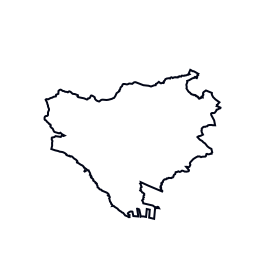 outline of Si Racha, Chon Buri, Thailand, rotated 296°
{"feature_id": "78962969B58781089685129", "entity_name": "Si Racha", "entity_type": "district", "adm_level": 2, "iso_a3": "THA", "parent_name": "Thailand", "parent_adm1": "Chon Buri", "projection": "equal_earth", "projection_center": [101.044, 13.142], "detail": "fine", "context": "isolated", "style": "outline", "palette": "ink", "viewbox_px": 256, "rotation_deg": 296, "n_neighbors": 0, "source": "geoboundaries", "source_scale": "gbopen_adm2", "svg_char_len": 5802}
<svg xmlns="http://www.w3.org/2000/svg" viewBox="0 0 256 256"><g transform="rotate(296 128 128)"><path d="M130.8,49.3L128.2,50.4L126.4,48.8L124.8,49.3L123.3,47.3L122.3,46.8L120.9,45.2L118.9,43.8L118.1,41.9L117.3,41.6L115.4,44.1L114.2,45.0L113.2,46.2L112.3,46.6L110.4,48.7L109.5,49.1L107.0,49.2L104.6,50.4L103.6,50.2L102.5,48.7L101.7,48.4L101.0,48.4L99.4,49.1L98.9,49.7L98.8,51.2L98.1,52.4L97.5,54.7L97.1,55.2L97.1,56.8L96.5,57.4L95.7,57.3L95.3,57.6L94.7,58.9L94.4,60.6L92.7,62.6L92.2,63.6L93.0,68.4L94.1,69.3L93.5,71.4L93.4,74.3L92.5,73.5L92.3,71.8L90.5,71.5L88.9,66.4L87.7,65.9L86.5,64.5L86.3,64.0L85.7,63.8L84.2,64.5L83.2,65.8L81.5,66.2L78.8,67.6L75.5,68.3L76.0,72.4L76.7,75.3L76.8,77.0L77.6,79.4L77.8,80.7L77.7,82.6L77.4,84.1L77.3,84.3L76.9,84.2L76.7,84.7L77.0,87.8L77.3,87.8L77.2,88.5L77.4,88.5L77.6,89.0L77.8,90.3L76.9,93.0L76.7,95.2L76.1,96.9L75.3,97.5L74.8,97.1L74.6,97.3L74.7,98.6L74.3,101.5L74.3,103.6L73.7,105.3L73.1,105.7L73.1,107.0L72.8,107.4L72.9,108.2L72.6,109.2L72.4,109.3L72.5,110.4L72.3,110.8L72.6,111.2L70.6,113.9L69.9,114.3L69.2,114.3L69.2,115.2L68.5,116.3L68.1,116.6L67.9,116.4L67.8,116.7L67.3,116.6L66.7,119.1L66.1,119.7L65.5,119.8L65.1,122.0L64.6,122.7L64.7,123.1L64.2,123.3L64.3,124.4L63.3,124.9L62.8,125.8L61.3,126.7L61.3,127.8L60.5,129.3L60.8,131.2L60.3,131.8L60.3,132.4L60.6,137.2L60.4,138.4L59.9,139.7L58.9,140.4L58.5,139.8L58.4,140.0L58.8,140.6L58.4,141.4L57.8,142.0L56.4,141.9L55.7,141.6L56.2,142.0L56.0,142.5L54.0,144.1L53.5,145.3L52.4,146.2L52.3,147.1L51.8,147.5L51.6,148.4L51.2,148.3L51.4,148.6L51.6,149.9L51.3,150.3L50.9,154.1L50.4,154.9L49.9,157.0L49.9,158.1L49.5,159.5L49.6,160.9L48.2,163.8L48.4,166.0L48.2,167.8L48.5,168.3L48.8,168.0L49.4,168.0L50.1,167.3L50.4,167.4L50.5,166.4L51.0,165.4L51.3,165.3L52.3,165.6L53.9,166.7L54.7,168.2L54.7,168.7L51.2,171.4L53.0,176.1L59.4,171.6L59.7,172.1L59.6,172.7L60.0,174.0L59.8,173.8L54.0,178.3L54.3,178.5L55.2,180.4L56.0,183.2L63.4,180.4L64.1,183.4L56.7,186.3L57.8,191.3L67.8,187.5L69.2,190.0L69.5,191.0L70.2,190.0L70.2,189.3L69.4,188.6L68.7,186.7L69.2,184.3L67.0,174.8L67.9,174.1L69.2,172.4L70.6,173.1L71.5,172.4L72.1,172.4L72.6,172.6L72.8,172.2L73.5,171.8L74.4,171.7L74.8,172.0L76.0,171.4L76.4,169.9L76.3,169.0L77.0,168.0L77.2,166.4L78.2,166.6L78.6,166.0L80.2,165.6L81.0,166.1L82.7,164.2L83.2,164.1L83.4,163.5L83.8,163.8L84.9,163.1L85.1,171.6L85.9,186.5L86.4,186.5L86.7,186.1L86.8,185.3L87.3,184.5L87.6,184.5L87.7,184.1L88.2,184.2L88.9,183.9L89.0,183.1L89.8,182.8L90.1,183.1L90.5,182.9L92.0,183.2L92.3,183.1L92.3,182.5L93.0,182.1L94.0,182.8L94.6,182.7L94.8,183.0L96.1,182.7L97.8,183.3L98.6,184.7L99.6,184.9L99.9,185.8L100.9,186.2L102.0,188.9L102.7,189.2L103.1,189.9L104.2,190.2L105.3,189.8L106.3,190.0L107.2,190.6L109.2,190.2L110.2,191.6L111.1,192.2L111.1,193.3L111.3,193.9L111.9,194.5L113.2,195.1L113.6,196.0L113.7,198.1L114.5,199.9L115.6,201.3L116.3,201.5L116.9,201.2L118.6,197.3L119.0,198.1L119.1,199.4L120.1,200.2L122.2,200.2L123.4,199.1L124.3,199.0L128.7,200.3L131.2,201.8L133.2,203.3L133.4,204.2L133.9,204.9L133.8,206.4L134.7,207.3L136.2,210.0L136.7,210.3L139.0,209.9L139.4,210.4L139.4,211.3L139.8,212.2L140.7,213.3L141.2,213.5L141.5,214.4L142.2,214.2L143.0,214.4L145.8,212.1L145.8,209.8L146.3,207.4L147.9,204.1L148.2,201.9L148.8,200.5L149.0,197.6L150.3,194.4L151.5,195.0L152.8,196.7L154.9,198.3L156.3,196.4L157.7,195.2L158.2,195.3L159.9,194.5L161.8,195.2L162.5,195.8L162.9,196.9L163.9,197.7L164.3,198.5L165.6,198.8L166.4,199.9L167.3,201.6L167.6,202.8L168.6,205.1L172.6,202.1L176.2,197.1L177.4,196.4L178.3,196.9L179.0,198.5L179.6,199.2L181.7,199.7L183.3,199.6L183.7,200.3L185.3,201.3L185.8,202.0L186.5,202.2L186.9,203.0L186.6,198.1L187.4,198.3L187.8,197.9L188.1,198.3L189.1,198.3L191.2,198.9L192.0,194.2L193.1,190.9L194.8,188.7L196.3,188.0L195.9,181.6L193.6,180.3L192.6,180.1L191.5,180.5L191.3,181.0L190.9,181.2L190.3,181.2L189.9,180.9L188.2,181.8L188.1,181.4L188.3,181.0L188.2,180.3L187.1,180.1L186.8,180.3L185.5,179.1L185.7,178.4L186.2,178.2L186.4,176.9L186.7,177.1L186.8,176.8L186.7,176.2L186.8,175.4L186.5,175.1L186.7,174.7L187.0,174.8L187.1,174.2L186.9,174.0L186.8,173.3L186.5,173.0L186.7,172.6L186.2,171.2L186.4,170.2L186.2,170.0L186.5,169.0L186.9,168.4L187.1,166.8L187.6,165.8L189.2,163.2L190.5,162.9L192.4,161.5L195.3,161.2L196.2,160.5L197.9,162.1L200.9,164.1L202.2,165.7L202.7,165.5L203.3,165.8L203.3,166.7L202.9,167.6L203.0,168.8L203.3,167.8L203.9,167.8L204.1,167.1L205.8,167.7L205.8,167.3L206.2,167.1L207.5,167.5L207.8,163.3L207.8,162.1L207.3,160.9L207.6,159.9L207.6,158.5L203.8,158.7L203.4,159.7L202.8,159.0L202.4,159.0L202.1,158.2L201.4,157.8L200.5,156.8L200.2,156.1L199.5,155.5L198.6,153.4L197.5,153.2L197.1,151.7L196.4,151.4L196.3,150.8L195.7,150.5L195.3,150.6L194.8,149.7L194.7,148.7L194.1,148.2L193.9,147.4L192.5,146.3L192.7,145.1L192.6,144.8L191.8,144.1L190.9,144.1L190.7,143.0L189.4,141.1L188.2,140.2L186.5,140.2L186.0,139.8L185.1,139.8L184.5,140.4L183.9,140.1L183.6,139.0L182.8,138.3L182.5,137.6L183.0,135.5L180.7,134.5L179.9,133.8L178.6,134.1L177.9,132.9L175.4,130.5L175.0,128.0L173.2,123.0L172.5,114.8L171.9,113.7L171.3,113.2L169.6,112.5L168.5,109.6L167.1,108.5L166.6,107.7L166.1,105.7L165.5,104.5L164.7,104.1L163.1,104.3L161.3,103.6L160.1,103.7L159.2,104.0L158.0,103.6L157.6,104.1L157.3,104.1L154.3,102.5L151.2,102.6L149.0,102.3L148.2,101.5L147.1,100.7L144.7,97.9L143.7,96.3L142.4,92.9L141.6,91.7L139.2,90.5L139.0,89.7L138.9,87.9L139.1,87.0L139.7,85.6L141.0,84.6L141.3,82.8L141.3,81.1L140.8,80.5L138.3,80.5L137.7,80.1L137.2,79.2L136.1,79.1L135.6,78.6L135.4,75.5L133.9,69.7L134.2,68.8L135.0,68.9L135.5,68.6L135.2,65.3L134.5,63.4L134.6,62.7L135.2,61.0L135.3,59.4L135.0,58.9L133.7,58.3L133.7,57.4L133.2,56.1L133.0,55.3L133.1,54.3L132.7,53.1L133.0,51.2L132.9,50.6L132.2,49.8L130.8,49.3ZM70.7,107.8L70.0,107.8L69.9,108.2L70.5,108.6L70.7,107.8Z" fill="none" stroke="#020617" stroke-width="2"/></g></svg>